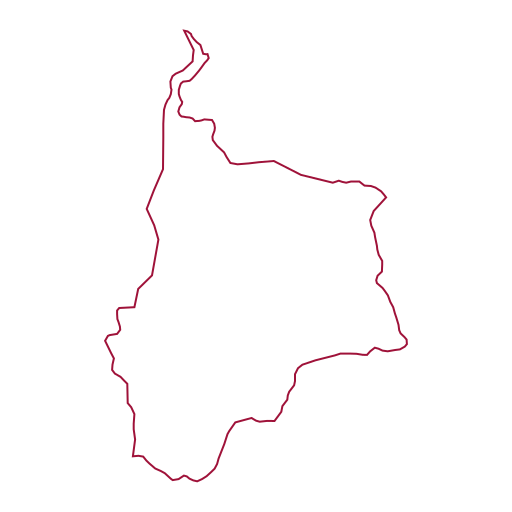 Nagha Boguila, Ouham, Central African Republic (Natural Earth projection)
{"feature_id": "33826404B99967621035211", "entity_name": "Nagha Boguila", "entity_type": "district", "adm_level": 2, "iso_a3": "CAF", "parent_name": "Central African Republic", "parent_adm1": "Ouham", "projection": "natural_earth1", "projection_center": [16.914, 7.123], "detail": "fine", "context": "isolated", "style": "outline", "palette": "rose", "viewbox_px": 512, "rotation_deg": 0, "n_neighbors": 0, "source": "geoboundaries", "source_scale": "gbopen_adm2", "svg_char_len": 2550}
<svg xmlns="http://www.w3.org/2000/svg" viewBox="0 0 512 512"><path d="M132.9,456.3L138.5,455.8L143.2,456.6L146.3,460.5L149.4,463.5L155.2,468.5L160.8,471.0L164.8,473.2L170.9,478.8L172.7,480.1L178.6,479.1L183.9,475.6L186.8,476.4L189.4,478.6L193.3,480.4L197.2,481.3L202.0,479.1L206.6,476.2L211.0,472.2L214.6,468.7L217.1,464.0L218.6,458.5L224.3,444.0L227.5,434.1L229.2,431.1L235.3,422.4L251.5,418.0L256.1,420.7L259.7,421.7L267.1,420.9L274.5,421.0L281.3,411.8L282.4,406.1L287.3,399.7L287.8,395.4L289.2,391.7L294.1,385.3L295.0,381.1L295.0,374.2L298.0,368.2L302.4,364.7L315.5,360.3L322.6,358.5L334.9,355.4L340.4,353.6L350.3,353.6L356.6,353.8L362.7,354.8L367.0,354.9L370.1,351.4L374.8,347.7L378.5,348.7L382.5,350.6L387.7,351.3L395.1,350.0L399.9,349.4L404.8,346.6L406.9,344.1L406.6,339.6L404.5,337.1L400.6,333.4L399.2,330.2L398.5,324.8L396.3,317.5L394.9,313.4L393.2,307.2L390.3,301.9L387.9,295.4L384.7,290.8L382.6,288.0L376.9,283.1L376.2,280.2L377.6,275.7L381.9,271.6L382.2,264.6L382.2,260.9L378.7,254.8L377.3,249.5L376.9,245.8L375.1,237.2L374.4,232.7L371.3,225.7L370.2,220.0L373.7,211.0L386.1,197.4L383.6,194.2L381.1,191.3L375.5,187.6L370.9,186.0L364.5,185.6L362.8,184.3L359.3,181.5L351.1,181.5L346.2,182.7L342.3,181.9L338.8,180.7L332.8,182.7L301.0,174.9L273.8,161.0L259.0,162.2L248.8,163.4L237.5,164.3L230.4,163.0L226.5,156.9L224.1,152.4L217.0,145.8L212.8,140.1L212.4,136.8L213.1,134.4L214.5,130.7L214.9,127.8L214.2,123.7L212.0,120.0L208.0,119.7L204.3,119.4L201.5,120.4L199.1,120.9L197.0,121.0L195.1,121.2L192.6,118.5L189.6,117.5L186.1,117.2L183.5,116.7L181.5,116.5L179.6,114.7L178.3,111.5L179.5,107.3L181.8,104.1L182.2,101.9L180.9,99.9L179.5,96.4L178.8,94.0L178.8,89.8L180.1,85.5L180.9,83.5L183.2,81.6L186.1,81.3L189.6,80.8L191.6,79.1L194.9,75.6L199.0,70.7L201.6,67.2L204.6,63.0L207.2,60.3L208.7,58.1L207.5,54.1L206.2,54.3L203.2,53.8L200.4,45.0L196.8,42.2L193.8,39.0L191.6,36.0L191.0,34.0L187.6,31.4L184.2,30.7L193.7,50.0L193.0,55.3L192.6,61.4L182.8,70.5L175.7,73.7L172.5,76.2L170.4,81.5L170.8,87.7L171.5,89.7L170.8,94.2L169.3,97.9L167.6,100.0L165.5,104.5L164.0,109.8L163.3,123.7L163.3,138.0L163.0,169.2L153.8,190.5L146.7,208.9L154.2,225.3L158.4,239.6L152.0,275.4L138.2,288.9L134.4,307.2L119.2,308.0L117.1,310.5L117.1,314.2L117.4,319.1L118.5,322.0L119.9,326.5L120.2,329.8L117.1,333.9L109.7,335.1L107.9,335.9L105.1,340.8L111.1,353.1L113.9,358.4L112.5,364.6L112.1,369.9L114.9,373.6L120.6,376.9L124.1,380.6L127.3,383.8L127.7,403.1L131.2,407.2L134.4,414.1L133.7,423.6L133.7,429.3L135.1,439.5L132.9,456.3Z" fill="none" stroke="#9f1239" stroke-width="2"/></svg>